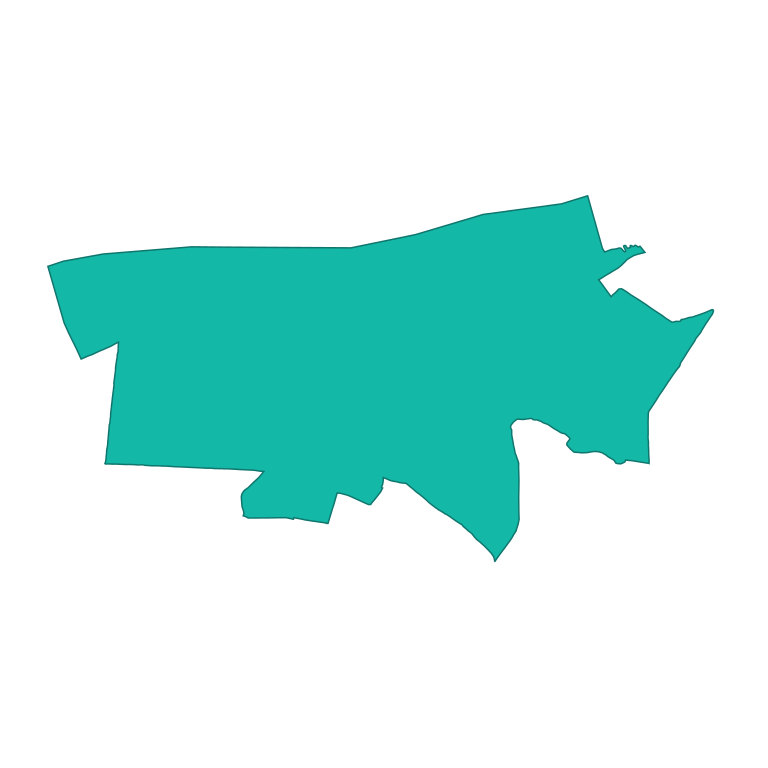 Ipotesti, Olt, Romania, rotated 88°
{"feature_id": "2599482B17273556266895", "entity_name": "Ipotesti", "entity_type": "district", "adm_level": 2, "iso_a3": "ROU", "parent_name": "Romania", "parent_adm1": "Olt", "projection": "albers", "projection_center": [24.407, 44.32], "detail": "fine", "context": "isolated", "style": "filled", "palette": "teal", "viewbox_px": 768, "rotation_deg": 88, "n_neighbors": 0, "source": "geoboundaries", "source_scale": "gbopen_adm2", "svg_char_len": 6117}
<svg xmlns="http://www.w3.org/2000/svg" viewBox="0 0 768 768"><g transform="rotate(88 384 384)"><path d="M254.7,715.8L311.9,701.5L322.2,697.3L338.4,690.0L348.5,685.8L345.5,678.2L344.2,674.1L343.0,671.5L341.7,668.4L340.9,666.5L339.4,662.4L337.9,658.8L336.8,655.9L335.8,653.9L334.7,651.8L333.5,649.4L333.0,647.9L336.3,648.2L342.1,648.6L344.5,649.3L346.3,649.7L347.5,649.6L350.4,650.3L356.3,651.4L359.1,651.8L360.7,651.8L372.1,653.7L374.3,654.0L375.8,653.8L377.5,654.2L380.4,654.6L383.2,655.1L386.6,655.6L388.7,656.0L390.0,656.1L391.1,656.3L393.3,656.6L395.5,657.0L397.0,657.2L398.3,657.2L399.3,657.5L401.3,657.8L402.7,658.0L404.9,658.3L406.5,658.3L410.0,658.9L412.7,659.2L413.9,659.5L415.4,660.0L419.3,660.4L423.9,661.0L429.7,661.7L432.7,662.1L435.2,662.3L437.5,662.8L440.2,663.4L441.9,663.6L443.5,663.7L446.1,664.1L449.7,664.5L452.7,665.1L453.5,665.7L454.1,665.4L454.3,664.5L454.2,662.7L454.6,657.9L454.6,655.7L454.9,651.6L455.4,645.8L455.5,643.3L455.5,641.8L455.9,636.2L456.3,633.3L456.3,631.1L456.3,628.5L456.5,627.1L456.9,625.9L457.6,619.2L457.8,613.3L458.2,609.3L458.4,605.3L458.6,603.1L459.4,595.5L459.7,591.0L459.9,588.6L460.2,584.3L460.6,580.3L461.0,575.2L461.5,568.9L461.9,565.0L462.0,563.4L462.0,562.4L462.1,559.8L462.3,558.1L462.5,557.4L462.7,554.2L462.8,552.2L462.9,550.2L463.0,547.9L463.2,547.1L463.2,545.3L463.4,541.9L464.5,530.3L464.8,526.9L465.2,521.8L465.3,520.5L465.5,518.4L465.7,516.7L465.9,515.4L466.7,511.4L467.2,507.2L467.9,507.8L471.1,510.6L473.1,512.4L477.2,517.2L480.5,520.8L482.9,523.4L485.3,527.1L486.5,528.2L488.7,529.7L491.3,530.5L493.9,530.5L498.3,530.3L501.9,530.1L504.3,529.3L506.7,528.7L508.3,528.5L510.9,529.3L511.5,527.3L513.2,524.4L513.8,503.6L514.0,492.3L514.2,486.3L516.0,479.2L514.4,478.8L516.5,469.6L517.0,467.9L517.8,463.7L518.6,459.6L518.7,458.8L519.5,454.3L520.3,449.9L521.2,445.4L521.3,445.5L521.3,444.8L505.4,439.4L503.2,438.5L491.4,434.7L491.5,433.6L491.5,432.9L491.6,431.7L493.7,424.8L494.9,421.9L498.4,414.9L502.9,405.9L504.0,403.4L503.9,401.4L502.5,400.5L500.9,399.0L499.7,397.9L498.0,396.4L494.9,393.8L491.7,391.1L490.5,390.5L487.9,389.0L487.6,389.6L487.4,390.1L486.4,389.9L484.7,389.0L481.7,388.3L479.5,388.1L477.5,388.0L478.7,385.1L479.0,384.5L480.5,381.4L481.3,379.0L481.7,376.9L482.5,373.5L483.1,371.8L483.6,369.0L484.0,365.5L485.3,364.0L487.2,361.9L490.3,358.3L492.6,356.0L494.2,354.0L496.0,351.7L499.1,348.2L501.7,345.4L504.5,342.7L506.7,340.1L509.5,336.7L510.6,335.1L511.4,334.2L512.1,333.2L512.9,331.7L513.9,330.3L514.6,329.1L515.7,327.9L516.1,327.0L516.5,326.1L518.9,322.7L521.3,319.6L522.0,318.7L523.6,316.6L526.2,312.8L526.6,312.2L527.5,310.8L529.0,309.9L531.7,306.9L533.3,305.4L536.3,301.7L537.6,300.7L539.0,299.7L541.2,298.0L542.7,296.7L544.9,294.0L546.8,292.1L548.7,290.0L550.1,288.8L550.9,288.0L554.1,285.1L555.4,284.0L556.6,282.9L558.9,281.4L560.3,280.6L561.8,280.0L563.3,279.8L565.0,279.5L564.9,279.1L563.4,278.1L559.5,275.1L558.5,274.3L556.9,273.1L554.6,271.2L551.4,268.6L544.5,263.2L541.8,261.3L538.2,259.1L535.6,257.2L532.4,256.2L528.7,254.8L525.6,254.1L523.9,253.7L521.7,253.7L516.1,253.7L500.9,253.3L495.6,253.0L485.3,252.5L477.1,252.4L472.3,252.4L467.8,252.2L465.8,252.7L463.3,253.5L460.2,254.4L457.9,255.3L453.3,256.0L449.9,256.7L447.2,257.0L443.8,257.5L439.7,258.1L438.0,258.1L434.3,258.0L432.9,258.7L431.8,259.1L429.3,258.4L428.2,257.3L426.5,255.9L425.3,254.4L424.6,253.3L424.1,252.7L423.7,251.6L423.9,250.4L424.0,249.3L424.2,247.6L424.3,246.0L424.2,244.8L424.0,243.3L423.9,242.2L423.8,240.9L423.6,239.7L423.6,238.6L423.7,237.6L423.9,237.1L424.7,236.4L425.0,235.3L425.2,234.3L425.1,233.2L425.3,232.0L425.8,231.1L426.7,228.6L428.1,226.6L428.9,224.7L429.9,222.2L430.5,221.0L431.6,219.6L433.4,217.2L434.5,215.7L436.6,212.3L438.3,209.8L439.0,208.5L439.5,207.2L439.8,206.0L440.0,204.8L440.8,204.2L442.1,202.6L443.4,201.3L444.9,200.1L445.7,200.3L447.9,202.1L449.8,203.4L451.3,203.4L455.1,200.3L456.3,199.1L457.2,198.1L458.3,197.0L458.7,196.5L458.8,195.8L459.0,194.4L459.1,193.0L459.3,191.5L459.7,188.8L459.7,185.7L459.6,182.7L459.5,182.2L459.2,180.3L458.9,178.1L458.8,175.6L459.2,171.5L459.9,170.0L460.2,168.5L461.5,166.6L462.6,164.8L464.2,163.0L465.5,161.1L466.5,159.4L468.1,157.0L469.3,156.1L471.1,155.1L471.7,153.4L471.9,152.0L472.0,149.8L471.1,147.7L470.3,146.0L468.5,145.2L469.3,138.8L472.5,122.4L472.7,121.9L469.8,121.7L467.3,121.8L463.7,121.9L459.2,121.8L454.7,121.9L451.0,121.7L448.1,122.0L445.8,122.0L444.0,121.8L441.2,121.7L430.4,121.4L426.0,121.1L422.6,120.9L421.4,120.6L420.2,120.1L418.5,118.8L416.7,117.5L410.1,112.8L404.8,109.3L400.1,105.8L395.3,102.3L391.8,99.9L388.9,97.7L384.5,94.5L380.3,91.2L378.3,89.5L377.3,88.5L376.0,87.7L373.9,87.1L372.7,86.5L370.8,85.1L362.5,79.5L357.9,76.3L353.2,72.9L351.5,71.8L349.6,70.8L348.9,70.3L346.6,68.3L343.8,65.9L342.6,65.1L341.2,64.4L339.9,63.5L335.2,60.4L332.5,58.4L327.9,55.1L326.3,53.8L325.2,53.2L323.3,52.4L322.4,52.2L321.6,52.3L321.2,53.0L321.1,53.6L322.6,57.3L324.1,61.3L325.7,66.3L327.4,72.0L328.0,74.2L328.1,75.3L328.1,76.2L328.3,77.2L329.5,81.3L329.8,82.7L329.9,84.7L330.6,85.0L331.1,85.3L331.6,85.8L331.7,86.5L331.7,88.0L331.6,89.5L331.7,90.7L332.1,92.1L332.3,93.3L332.1,94.1L331.5,95.2L328.2,100.0L325.3,103.5L324.4,104.8L321.4,109.1L317.9,114.0L314.7,118.1L309.0,126.0L303.6,134.1L302.2,135.9L300.6,137.9L298.0,141.7L297.1,143.3L297.2,144.7L297.3,146.0L299.9,148.6L301.5,150.4L302.9,152.3L304.7,154.0L289.3,164.4L287.4,165.9L285.8,162.9L283.6,159.3L279.9,152.6L278.1,149.3L276.4,146.2L275.0,144.3L273.6,142.5L269.8,138.4L268.3,136.9L267.3,135.3L266.2,133.4L265.3,131.7L264.3,129.8L263.2,125.9L262.6,123.1L262.0,120.2L261.6,118.6L255.3,123.3L255.3,123.8L256.0,124.9L255.8,125.5L254.8,126.7L254.2,127.6L254.2,128.5L255.0,129.3L255.4,130.0L254.7,131.2L254.1,132.4L254.7,133.3L256.1,132.8L257.0,135.9L254.2,137.6L254.0,138.1L254.0,138.9L254.4,139.6L255.0,139.7L259.4,137.7L260.0,138.2L260.3,138.8L260.0,139.4L258.4,140.9L256.9,142.0L256.3,143.4L256.4,144.7L257.1,147.2L257.5,152.0L259.8,158.9L256.0,161.0L203.0,173.9L210.2,200.5L218.0,279.0L235.8,347.3L246.8,412.3L241.7,537.6L240.2,571.6L244.3,660.1L250.1,700.2L254.7,715.8Z" fill="#14b8a6" stroke="#0f766e" stroke-width="1.5"/></g></svg>